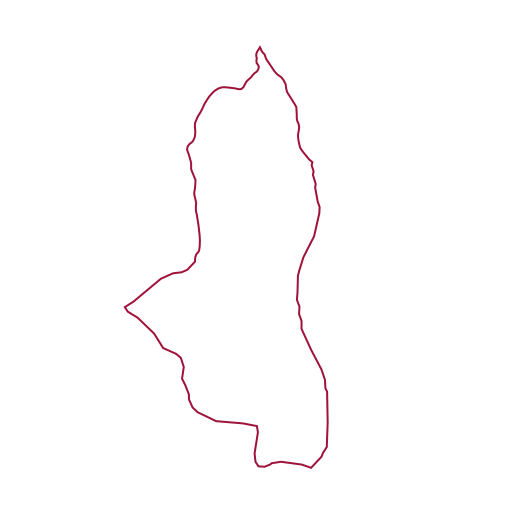 outline of Sumpango, Sacatepéquez, Guatemala, rotated 14°
{"feature_id": "79465075B37174278421226", "entity_name": "Sumpango", "entity_type": "district", "adm_level": 2, "iso_a3": "GTM", "parent_name": "Guatemala", "parent_adm1": "Sacatepéquez", "projection": "albers", "projection_center": [-90.752, 14.664], "detail": "fine", "context": "isolated", "style": "outline", "palette": "rose", "viewbox_px": 512, "rotation_deg": 14, "n_neighbors": 0, "source": "geoboundaries", "source_scale": "gbopen_adm2", "svg_char_len": 2453}
<svg xmlns="http://www.w3.org/2000/svg" viewBox="0 0 512 512"><g transform="rotate(14 256 256)"><path d="M370.9,424.2L365.8,400.1L357.8,370.4L355.4,367.7L352.9,359.5L346.9,350.2L332.2,333.7L317.8,315.7L315.9,308.0L311.9,302.1L310.4,294.6L306.3,288.6L305.1,281.4L301.5,265.1L301.5,259.7L302.3,245.7L307.6,222.8L307.1,199.3L305.9,193.2L302.5,187.9L296.8,175.2L296.5,171.7L291.6,163.5L291.4,159.9L288.1,154.6L288.0,151.3L284.3,149.5L280.6,146.7L277.4,144.4L274.1,141.7L272.4,139.9L271.1,137.3L269.6,134.4L268.7,132.1L267.7,129.3L267.3,126.9L267.1,123.5L266.7,120.5L266.0,118.9L265.1,117.1L263.9,115.7L263.0,114.3L262.0,111.7L261.5,109.4L260.6,106.5L259.1,101.8L257.8,100.3L255.9,98.4L253.4,96.0L250.8,93.5L249.0,91.8L247.8,90.7L246.6,89.4L245.7,88.0L244.7,86.0L243.9,84.1L243.3,82.3L241.1,79.7L239.9,78.5L237.6,76.6L235.9,75.9L233.1,74.8L231.7,74.0L229.2,72.3L225.8,69.2L221.8,65.6L219.2,63.3L217.9,62.0L216.6,59.9L215.5,58.3L213.1,56.8L211.6,55.5L210.7,54.1L209.3,52.5L208.6,54.9L207.8,57.1L207.4,59.7L207.9,62.1L208.9,63.7L209.1,66.2L210.0,68.7L211.6,69.9L213.0,71.8L213.1,73.6L212.7,75.6L211.8,77.3L210.1,79.3L208.8,81.8L207.8,84.2L206.8,85.5L204.8,88.5L203.9,91.4L203.0,95.1L201.4,97.5L199.7,98.2L197.2,98.4L195.1,98.4L189.3,99.1L186.0,99.6L183.0,100.3L181.4,101.0L178.9,102.6L176.2,105.4L174.7,107.6L173.1,110.5L171.8,113.1L170.8,116.0L169.7,119.4L169.2,121.2L168.2,126.4L167.2,130.5L165.8,134.6L165.1,138.8L164.7,141.5L165.3,145.0L166.3,147.8L167.0,149.9L167.5,152.6L167.8,154.8L167.6,157.1L167.1,159.4L166.3,161.1L164.4,163.4L163.2,166.1L163.4,169.5L164.4,171.1L166.4,174.0L167.4,175.7L168.2,177.2L169.7,179.8L170.6,181.7L171.3,184.3L172.0,187.3L172.9,188.7L174.5,190.9L175.7,192.5L178.9,196.9L179.9,201.7L180.5,206.1L180.6,208.0L180.8,209.7L181.6,212.1L183.8,216.3L185.1,219.0L185.7,222.4L186.3,225.1L186.9,226.9L188.9,231.0L192.4,239.2L194.2,243.9L196.4,249.9L197.9,254.8L199.0,260.1L199.5,264.5L199.0,266.2L198.1,267.9L197.5,269.5L197.4,272.1L197.7,273.9L198.2,276.2L192.7,286.0L187.7,289.8L179.6,292.9L169.2,301.1L148.0,330.1L141.1,337.3L145.0,341.0L156.1,344.5L176.0,356.0L188.2,367.8L202.3,370.3L207.7,373.0L212.8,381.2L213.9,392.9L218.6,398.4L224.3,406.4L225.8,411.6L231.1,418.3L237.1,421.7L257.2,425.9L283.8,421.6L298.0,420.8L300.5,426.5L302.4,448.0L305.3,455.8L309.3,459.5L315.3,458.4L320.2,454.9L321.3,453.3L330.1,449.6L350.8,447.3L360.7,448.2L368.1,434.9L368.7,430.6L370.9,424.2Z" fill="none" stroke="#9f1239" stroke-width="2"/></g></svg>